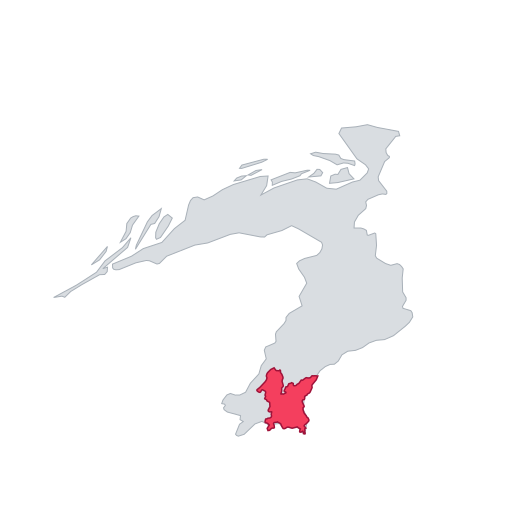 Croatia, with Osjecko-Baranjska highlighted, rotated 114°
{"feature_id": "HRV-1603", "entity_name": "Osjecko-Baranjska", "entity_type": "County", "adm_level": 1, "iso_a3": "HRV", "parent_name": "Croatia", "parent_adm1": "", "projection": "mercator", "projection_center": [18.514, 45.561], "detail": "fine", "context": "in_parent", "style": "filled", "palette": "rose", "viewbox_px": 512, "rotation_deg": 114, "n_neighbors": 0, "source": "natural_earth", "source_scale": "10m", "svg_char_len": 7636}
<svg xmlns="http://www.w3.org/2000/svg" viewBox="0 0 512 512"><g transform="rotate(114 256 256)"><path d="M87.7,173.6L89.9,177.0L105.3,181.0L108.6,179.2L110.6,176.5L110.7,174.7L112.0,174.2L117.4,176.9L134.0,176.6L137.3,174.6L143.6,162.9L145.6,161.9L146.9,162.4L147.9,165.8L150.3,169.1L158.7,176.8L161.9,177.8L164.9,175.6L168.1,175.0L177.2,179.1L184.9,179.9L190.6,177.8L187.8,171.6L187.4,168.4L187.7,165.6L191.6,162.9L191.4,161.7L186.7,156.9L187.0,155.6L197.3,150.2L207.3,147.1L208.9,144.8L210.2,134.6L209.7,129.1L205.6,124.0L205.4,121.4L206.4,118.7L207.9,116.3L216.6,113.5L229.2,107.4L233.1,101.9L235.4,100.9L242.5,101.7L244.0,100.4L243.0,92.3L244.3,90.3L247.9,88.0L254.2,88.9L259.3,91.0L272.9,98.0L280.1,104.6L284.1,111.8L289.5,117.4L296.3,121.4L301.7,126.7L305.7,133.5L311.3,137.3L318.5,138.1L323.0,140.4L324.9,144.2L328.8,147.7L334.7,150.8L343.9,152.5L366.9,153.9L377.2,150.3L384.9,141.0L388.1,141.6L398.9,138.9L398.2,144.5L395.0,147.0L398.2,152.7L401.3,162.0L399.6,166.6L401.7,170.2L408.1,173.8L406.3,174.8L404.8,177.9L404.7,183.4L409.8,188.6L423.7,194.3L427.8,198.9L427.8,200.9L427.1,202.2L416.4,202.6L412.4,200.3L412.0,204.0L408.1,205.2L410.2,218.7L409.4,222.6L407.9,223.9L405.0,223.2L404.1,224.4L404.8,227.3L401.0,227.6L394.8,226.1L392.0,223.5L391.5,218.4L389.6,214.3L384.7,210.1L374.5,209.4L362.6,205.4L354.0,206.6L345.8,204.8L338.7,210.1L335.1,210.1L327.9,203.4L325.8,203.0L319.5,206.4L316.9,206.6L306.5,202.9L302.7,202.4L299.9,203.6L294.9,202.3L282.8,193.6L275.4,200.2L260.2,198.6L255.7,203.1L250.5,211.7L246.3,215.8L242.7,214.3L238.4,210.5L230.8,200.8L227.0,199.1L222.7,198.7L218.8,199.7L216.8,201.7L213.9,228.4L213.8,235.8L222.2,242.7L232.1,254.5L235.2,255.9L236.8,259.8L241.7,280.9L246.7,288.3L263.7,305.4L270.9,316.3L292.5,337.5L302.1,341.2L303.6,343.2L303.7,351.4L304.7,354.4L311.1,363.0L324.1,375.5L325.6,378.4L326.0,380.5L325.2,382.1L321.8,383.8L306.9,369.7L295.1,362.0L281.9,347.5L264.2,341.7L252.2,335.3L236.8,338.3L231.9,338.4L228.3,337.2L225.8,333.3L225.8,326.2L218.7,319.8L209.1,313.7L200.0,305.8L181.6,284.4L178.0,277.5L187.4,274.9L198.3,276.3L186.5,267.2L169.7,249.2L164.7,240.7L164.1,231.5L165.3,218.9L162.3,209.8L149.3,198.1L144.5,191.9L134.9,188.2L130.6,188.5L128.1,193.1L126.2,203.3L110.4,230.1L104.3,229.9L97.3,217.2L90.7,207.6L89.2,197.4L84.2,176.5L87.7,173.6ZM371.5,413.9L371.6,416.9L376.2,424.0L355.4,408.0L335.7,395.1L321.8,391.9L302.7,381.4L290.2,377.7L300.4,376.8L329.9,390.8L326.6,387.1L330.8,385.6L334.4,386.7L336.7,391.3L353.2,403.6L363.7,410.8L371.5,413.9ZM140.9,244.5L140.4,247.7L136.9,243.7L135.1,236.4L130.6,224.7L130.1,221.4L132.4,218.2L132.2,214.9L129.1,204.5L131.7,202.9L133.3,202.7L133.9,209.8L135.4,213.9L139.7,219.0L138.8,227.3L139.7,239.1L140.9,244.5ZM159.7,218.4L152.5,220.2L149.1,217.0L148.2,214.4L142.3,213.6L138.0,208.4L143.0,204.4L145.7,197.9L155.6,211.1L159.7,218.4ZM275.0,357.2L265.8,357.5L257.8,356.0L253.9,353.5L255.4,347.9L264.3,348.3L277.9,350.8L281.2,353.7L280.2,355.1L275.0,357.2ZM298.9,368.9L294.8,369.7L268.9,369.1L261.3,367.4L251.2,361.8L259.6,360.6L267.5,361.8L269.9,364.9L298.9,368.9ZM181.8,271.1L180.3,273.2L165.7,258.8L164.1,254.0L156.8,244.1L155.7,241.4L162.3,247.9L164.8,248.5L171.2,254.8L177.4,262.9L184.8,269.9L181.8,271.1ZM267.2,379.2L278.0,381.4L285.9,380.4L293.1,381.8L298.6,385.5L286.3,384.7L278.9,387.2L272.3,385.9L269.9,384.2L268.1,382.1L267.2,379.2ZM181.8,304.7L182.6,306.7L178.7,305.9L164.4,288.2L162.9,284.7L168.0,288.9L181.8,304.7ZM156.4,229.3L162.4,240.0L156.9,236.7L152.0,235.5L151.0,233.0L152.7,229.0L156.4,229.3ZM323.1,397.3L331.1,402.8L307.7,395.6L312.8,394.8L323.1,397.3ZM192.5,300.5L196.3,306.5L192.6,305.3L188.8,301.6L186.6,297.5L192.5,300.5ZM184.3,293.3L185.2,296.2L177.9,290.8L174.6,285.6L184.3,293.3Z" fill="#d9dde1" stroke="#a8b0b8" stroke-width="1"/><path d="M394.0,141.1L394.4,141.1L395.4,140.4L396.5,140.1L397.2,139.7L397.8,139.0L398.6,139.0L399.0,140.3L398.0,140.9L397.5,141.4L397.0,142.0L398.2,142.9L398.8,143.6L399.0,144.3L398.5,144.8L397.8,145.0L395.9,145.2L395.8,147.4L395.7,147.9L395.4,148.3L395.3,148.7L395.6,149.2L396.4,150.1L396.9,150.8L398.6,152.9L398.8,154.2L399.1,156.7L399.6,157.8L400.4,158.4L401.4,159.0L402.2,159.8L402.6,160.9L402.2,161.7L400.6,163.9L400.0,164.4L399.3,165.1L399.0,166.7L399.0,168.2L398.8,168.9L399.3,169.3L400.4,171.2L401.0,171.8L402.1,171.8L402.8,171.2L403.4,170.5L404.4,169.9L404.9,169.6L405.4,169.4L406.0,169.8L406.3,170.5L406.5,170.9L406.8,171.3L407.4,171.8L408.4,172.2L409.2,172.4L409.9,172.9L410.6,174.1L408.9,175.7L405.4,175.2L405.0,175.1L404.2,177.2L404.2,178.7L404.5,179.7L403.6,180.4L401.6,180.8L401.1,180.8L400.8,180.7L400.7,180.5L400.6,180.3L400.5,180.1L400.3,179.8L400.1,179.6L399.4,179.2L399.2,179.0L399.1,178.8L399.0,178.6L398.9,178.2L398.6,177.8L398.3,177.4L397.5,176.9L397.0,176.6L396.3,176.6L395.9,176.7L395.6,176.8L395.4,177.0L395.0,177.3L394.7,177.6L394.1,177.8L392.5,178.1L392.2,178.2L392.0,178.3L392.0,178.5L392.2,179.0L392.6,179.5L392.8,179.9L392.9,180.5L392.9,181.0L392.8,181.5L392.5,181.8L391.9,182.2L387.7,182.0L386.6,182.7L385.2,183.4L384.6,183.7L384.2,184.1L384.2,184.3L384.1,184.6L384.0,186.6L383.9,187.0L383.7,187.3L383.3,187.6L383.2,187.7L383.1,187.9L383.0,188.2L383.0,188.5L383.0,188.9L383.0,189.4L382.9,189.9L382.7,190.1L380.4,190.1L380.1,190.3L379.9,190.6L379.7,190.9L379.4,191.2L376.9,191.6L376.3,191.9L375.9,192.3L375.8,192.7L375.7,193.0L375.6,195.4L375.6,195.7L375.6,195.8L375.8,196.0L376.0,196.1L376.3,196.3L378.3,196.5L378.7,196.7L378.9,196.9L379.1,197.3L379.2,197.8L379.1,198.8L379.0,199.3L378.9,199.8L378.6,200.3L378.3,200.6L378.0,200.7L377.8,200.7L377.3,200.5L374.4,199.0L367.2,196.5L365.1,196.1L363.5,196.3L362.8,196.5L362.4,196.8L362.1,197.2L361.6,197.6L360.9,197.9L359.1,198.1L357.7,197.9L353.8,196.4L353.3,196.1L353.1,195.9L350.8,194.0L352.3,191.5L352.4,190.6L352.2,190.4L352.1,190.0L351.9,189.4L351.8,189.0L351.6,188.6L351.5,188.4L351.0,188.1L350.5,187.9L350.4,187.7L350.6,187.3L350.7,187.1L350.9,187.0L351.1,186.8L351.2,186.7L351.5,186.7L351.9,186.6L352.2,186.4L352.5,186.1L353.3,184.7L353.5,184.3L355.5,182.3L356.2,181.8L356.8,181.6L358.3,181.6L359.5,181.3L359.9,181.2L363.1,178.5L363.8,178.2L364.2,178.2L365.7,178.7L366.3,178.8L368.9,177.6L369.9,177.4L371.1,177.3L371.8,177.2L371.9,176.9L371.5,176.4L371.3,176.0L371.2,175.7L371.2,175.2L371.1,174.9L371.0,174.7L369.8,173.9L369.2,173.3L369.0,173.1L368.8,173.1L368.6,173.1L368.3,173.3L368.2,173.5L368.2,173.8L368.1,174.7L368.1,175.0L368.0,175.3L367.7,175.4L367.3,175.5L364.9,175.4L364.5,175.4L364.0,175.6L363.8,175.6L363.5,175.5L363.3,175.3L362.7,174.4L362.5,174.2L362.4,174.1L362.2,174.1L359.7,174.1L359.4,174.1L359.2,173.9L358.9,173.6L358.4,172.8L358.2,172.5L357.9,172.4L357.7,172.3L357.3,172.1L357.2,170.6L357.3,170.3L357.3,170.1L358.2,169.7L358.6,169.5L359.0,168.9L359.1,168.5L358.9,168.1L358.7,167.7L358.1,166.9L357.7,166.6L356.6,166.3L356.2,166.1L355.5,165.4L355.2,165.2L354.8,165.0L350.9,164.2L350.7,163.2L350.5,162.9L347.6,161.3L347.0,160.9L346.6,160.4L346.5,159.8L346.4,159.3L346.2,158.7L345.7,157.7L345.3,157.2L344.9,156.8L344.6,156.7L343.0,156.3L342.7,156.1L342.4,155.6L342.2,154.9L341.5,153.6L341.0,152.3L340.5,150.7L344.6,150.6L350.7,152.3L351.4,152.3L352.0,152.1L353.0,151.4L353.5,151.2L358.3,151.2L359.4,151.5L361.2,152.9L362.5,152.9L363.5,154.0L364.5,154.4L365.6,154.0L366.5,153.5L367.4,153.5L368.4,154.7L368.8,154.8L369.2,154.9L369.6,154.8L370.0,154.7L371.1,153.8L373.2,151.3L374.1,150.7L375.4,151.3L377.0,150.7L379.5,148.6L380.2,147.7L381.5,145.2L382.3,144.2L382.6,143.7L382.7,142.7L383.0,142.3L384.3,140.9L385.4,140.7L388.3,141.7L390.6,142.9L391.3,143.0L391.9,142.7L392.2,142.1L392.4,141.3L393.0,140.4L393.8,141.1L394.0,141.1Z" fill="#f43f5e" stroke="#9f1239" stroke-width="1.5"/></g></svg>